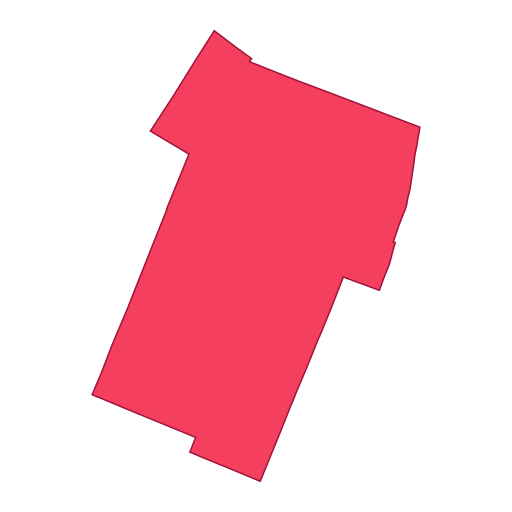 Cocora, Ialomita, Romania (orthographic projection)
{"feature_id": "2599482B22820345883156", "entity_name": "Cocora", "entity_type": "district", "adm_level": 2, "iso_a3": "ROU", "parent_name": "Romania", "parent_adm1": "Ialomita", "projection": "orthographic", "projection_center": [27.071, 44.753], "detail": "fine", "context": "isolated", "style": "filled", "palette": "rose", "viewbox_px": 512, "rotation_deg": 0, "n_neighbors": 0, "source": "geoboundaries", "source_scale": "gbopen_adm2", "svg_char_len": 2208}
<svg xmlns="http://www.w3.org/2000/svg" viewBox="0 0 512 512"><path d="M243.6,474.4L260.2,481.3L262.1,476.7L264.1,471.8L264.2,471.6L268.8,460.4L269.6,458.4L270.4,456.6L271.6,453.3L273.0,450.1L273.1,449.7L277.4,439.4L285.8,418.3L291.1,404.9L294.7,396.7L294.6,396.4L307.4,366.0L307.6,365.5L319.0,337.4L319.4,336.8L332.3,305.5L332.3,305.3L343.4,276.9L346.7,278.3L347.0,278.4L379.4,290.3L379.7,289.5L380.1,288.3L380.3,287.7L381.9,283.3L383.3,279.5L385.1,274.8L385.5,273.8L387.2,269.7L388.3,267.1L389.3,264.4L390.1,261.7L391.5,256.3L391.7,255.2L392.2,253.6L392.8,251.2L393.1,250.2L393.4,249.2L393.6,248.3L393.7,247.9L394.0,247.0L395.3,242.6L393.3,241.9L398.9,225.4L399.8,223.1L400.0,222.4L400.5,221.3L401.7,218.2L402.1,217.1L402.6,215.9L403.0,215.0L403.2,214.4L403.7,213.1L404.5,211.2L405.2,209.6L405.4,209.1L405.7,207.8L406.0,207.2L406.4,205.8L406.5,205.3L406.8,204.3L406.8,204.0L407.0,202.7L407.0,202.1L407.3,200.7L407.6,198.8L408.0,197.2L408.1,196.8L408.2,196.6L408.3,195.9L408.7,194.5L409.0,193.2L409.3,192.1L409.9,189.6L410.1,188.6L410.4,186.5L410.8,184.1L411.7,178.1L413.8,163.9L414.0,162.2L414.4,159.0L415.0,154.6L415.7,151.0L417.0,144.7L417.8,139.5L418.4,136.2L418.8,133.5L419.1,131.8L419.6,128.9L419.8,127.5L419.9,127.2L419.1,126.9L404.2,121.2L389.4,115.6L354.6,102.3L341.8,97.4L337.6,95.8L298.1,80.9L286.0,76.2L275.9,72.2L268.6,69.3L267.0,68.7L266.3,68.4L261.9,66.6L254.1,63.5L249.5,61.7L251.6,58.7L244.0,53.1L236.3,47.5L234.7,46.3L227.7,41.0L226.7,40.3L225.8,39.5L220.6,35.5L218.8,34.2L215.1,31.4L214.2,30.7L213.0,32.7L195.4,60.4L189.2,70.4L172.4,97.4L161.4,114.2L150.4,131.1L167.0,141.0L171.6,143.8L180.3,148.9L188.9,154.1L179.9,176.4L166.6,208.9L166.5,210.4L153.7,242.3L144.4,265.8L129.8,302.5L128.1,307.1L118.8,329.0L116.8,333.6L111.9,345.4L101.3,373.0L100.4,375.1L95.7,386.2L92.6,393.6L92.1,394.7L92.4,394.9L92.6,395.0L92.9,395.1L93.4,395.3L94.2,395.6L95.9,396.3L96.0,396.3L114.4,403.9L125.5,408.6L195.7,437.4L189.8,452.2L190.8,452.5L194.4,454.0L197.3,455.2L199.5,456.2L201.7,457.1L204.3,458.2L208.1,459.7L209.6,460.3L214.3,462.3L217.0,463.4L219.0,464.3L220.3,464.8L225.0,466.6L229.4,468.5L234.3,470.5L238.4,472.2L240.2,472.9L243.6,474.4Z" fill="#f43f5e" stroke="#9f1239" stroke-width="1.5"/></svg>